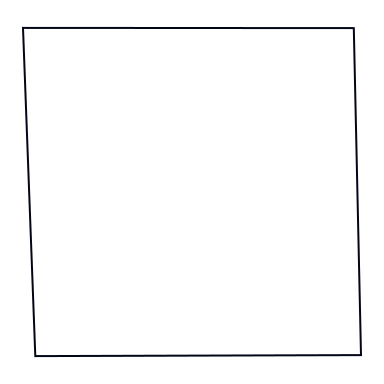 Hockley, Texas, United States of America
{"feature_id": "52423323B48286910012363", "entity_name": "Hockley", "entity_type": "district", "adm_level": 2, "iso_a3": "USA", "parent_name": "United States of America", "parent_adm1": "Texas", "projection": "orthographic", "projection_center": [-102.393, 33.607], "detail": "fine", "context": "isolated", "style": "outline", "palette": "ink", "viewbox_px": 384, "rotation_deg": 0, "n_neighbors": 0, "source": "geoboundaries", "source_scale": "gbopen_adm2", "svg_char_len": 182}
<svg xmlns="http://www.w3.org/2000/svg" viewBox="0 0 384 384"><path d="M35.3,356.1L361.0,355.1L353.8,28.1L23.0,27.9L35.3,356.1Z" fill="none" stroke="#020617" stroke-width="2"/></svg>